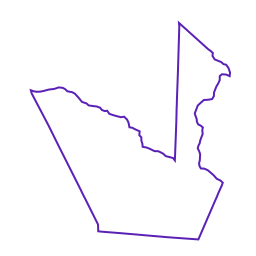 Sítio Novo do Tocantins, Tocantins, Brazil (Albers equal-area conic projection), rotated 93°
{"feature_id": "56859067B78614603253170", "entity_name": "Sítio Novo do Tocantins", "entity_type": "district", "adm_level": 2, "iso_a3": "BRA", "parent_name": "Brazil", "parent_adm1": "Tocantins", "projection": "albers", "projection_center": [-47.721, -5.652], "detail": "fine", "context": "isolated", "style": "outline", "palette": "violet", "viewbox_px": 256, "rotation_deg": 93, "n_neighbors": 0, "source": "geoboundaries", "source_scale": "gbopen_adm2", "svg_char_len": 1594}
<svg xmlns="http://www.w3.org/2000/svg" viewBox="0 0 256 256"><g transform="rotate(93 128 128)"><path d="M95.4,227.0L98.5,226.0L130.0,207.3L149.4,196.4L191.6,172.3L197.3,169.2L199.6,167.8L207.7,163.2L225.9,152.9L232.7,152.3L232.9,149.2L233.4,130.0L235.0,82.8L235.6,51.9L196.3,37.3L191.9,35.6L188.3,34.4L180.4,31.3L177.7,30.5L175.7,32.8L174.0,36.8L170.7,40.0L168.2,43.2L166.0,46.1L164.6,49.7L164.6,53.1L162.3,54.6L159.4,55.2L156.6,54.6L153.7,54.6L150.4,54.6L147.3,55.8L144.7,57.3L142.1,56.8L139.5,55.6L137.0,55.3L133.6,54.3L130.1,53.1L126.5,53.7L123.5,53.3L121.8,55.6L120.7,58.1L118.2,59.5L115.4,59.9L112.4,61.2L109.9,62.1L101.9,59.5L99.1,56.8L96.1,53.8L95.5,49.0L94.7,45.5L91.7,43.9L88.2,44.0L85.1,43.0L81.7,41.8L78.7,40.2L75.4,38.9L71.3,39.1L69.4,36.9L69.5,32.8L70.9,29.2L67.3,29.0L62.8,30.8L59.7,33.3L59.2,36.0L57.2,38.5L56.0,42.1L54.9,45.1L51.6,47.4L48.6,47.2L46.9,49.3L45.0,52.2L20.4,82.6L23.9,82.1L68.1,81.1L98.9,80.6L101.6,80.5L104.7,80.5L108.1,80.4L118.5,80.1L123.1,80.0L157.9,79.5L155.6,81.5L154.1,88.9L152.0,91.2L150.6,94.1L149.6,96.6L149.7,100.4L147.8,104.7L146.6,108.1L146.0,112.4L143.0,112.8L139.9,114.0L136.6,114.2L134.7,116.3L130.7,116.2L129.1,120.4L127.6,123.6L127.2,126.6L122.8,127.7L119.7,129.3L116.9,132.5L117.6,135.6L116.9,139.2L115.9,143.6L114.8,147.4L111.9,149.7L112.3,152.3L111.3,155.1L109.2,156.9L108.1,160.6L108.0,163.1L107.5,168.5L105.6,170.7L104.4,175.3L100.4,178.9L96.6,182.7L95.2,185.5L94.5,190.5L92.5,192.8L91.3,195.3L91.1,199.3L92.8,203.6L93.8,209.3L95.4,214.1L96.3,217.7L96.6,221.0L96.3,224.0L95.4,227.0Z" fill="none" stroke="#5b21b6" stroke-width="2"/></g></svg>